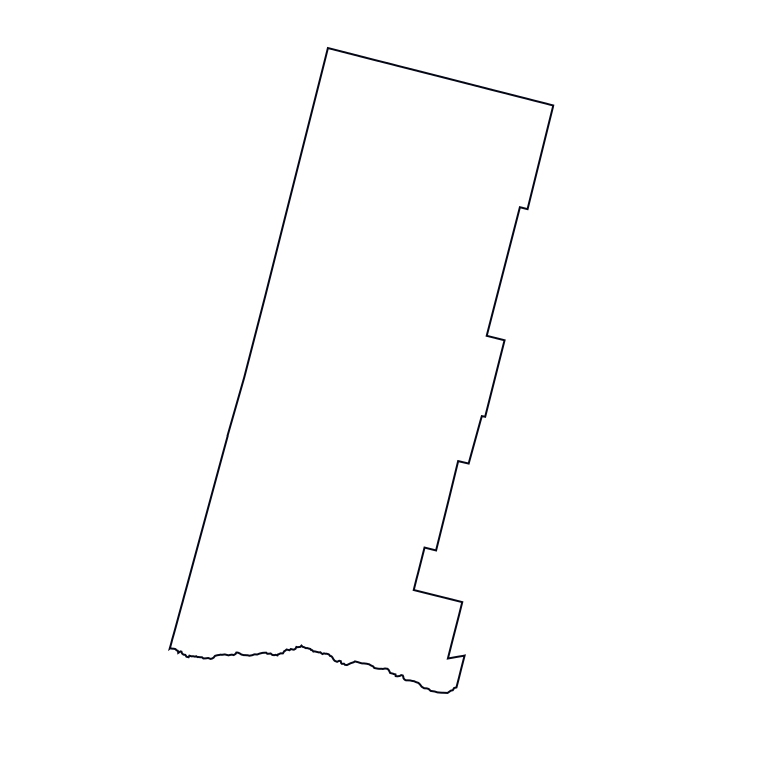 Alberdi, Santiago del Estero, Argentina, rotated 284°
{"feature_id": "61730980B98253632785456", "entity_name": "Alberdi", "entity_type": "district", "adm_level": 2, "iso_a3": "ARG", "parent_name": "Argentina", "parent_adm1": "Santiago del Estero", "projection": "equal_earth", "projection_center": [-63.373, -26.57], "detail": "fine", "context": "isolated", "style": "outline", "palette": "ink", "viewbox_px": 768, "rotation_deg": 284, "n_neighbors": 0, "source": "geoboundaries", "source_scale": "gbopen_adm2", "svg_char_len": 3354}
<svg xmlns="http://www.w3.org/2000/svg" viewBox="0 0 768 768"><g transform="rotate(284 384 384)"><path d="M696.4,248.3L696.2,248.3L695.9,248.3L686.0,248.3L514.9,247.7L440.7,247.5L429.0,247.4L356.6,246.8L295.9,244.7L295.7,244.9L277.7,244.5L137.8,241.6L130.2,241.4L123.6,241.3L120.5,241.2L116.4,241.1L112.2,241.0L102.3,240.8L97.9,240.7L97.7,240.7L90.3,240.5L84.7,240.3L83.1,240.3L82.7,240.3L81.6,240.3L77.4,240.2L76.5,240.1L75.5,240.1L75.3,240.1L76.0,240.7L75.9,242.3L76.3,244.1L76.3,245.8L75.4,247.2L75.3,248.4L74.4,249.0L73.3,249.4L74.4,250.4L75.3,251.2L75.3,252.2L74.3,252.8L73.6,253.4L72.9,254.9L73.1,256.7L72.6,257.3L71.6,258.3L71.6,260.5L73.3,260.9L73.2,263.1L73.7,264.8L73.7,266.6L74.4,267.6L73.9,269.0L74.2,270.0L74.4,271.6L74.8,273.6L74.0,275.1L74.7,277.5L75.6,279.7L75.3,282.3L76.1,283.7L77.3,284.9L78.7,285.5L79.4,285.9L80.5,287.9L81.2,289.6L81.8,290.8L82.0,292.2L83.1,295.0L83.1,297.4L83.1,298.8L83.8,300.0L84.5,301.7L84.6,301.9L84.6,303.7L86.2,305.3L87.7,305.7L88.0,307.1L87.7,309.1L87.0,311.1L87.0,313.6L87.3,314.8L87.4,315.3L87.5,315.9L87.8,317.4L87.8,319.2L89.0,321.8L90.3,323.6L90.9,326.5L92.2,328.3L93.7,331.1L94.3,332.9L94.8,334.7L94.0,336.0L94.6,338.0L95.1,339.2L94.1,341.2L94.3,343.0L95.0,344.4L94.9,346.3L95.9,346.5L96.3,347.2L96.4,347.3L97.7,348.9L97.9,350.3L98.0,350.5L98.2,351.1L99.5,351.5L100.7,351.9L101.3,352.7L102.8,353.7L102.8,354.7L102.8,356.7L104.3,357.7L104.3,359.3L104.4,360.8L105.7,362.2L107.7,362.6L107.7,363.8L108.7,366.4L110.2,367.2L109.7,368.0L109.3,368.6L109.3,370.0L108.8,372.1L109.2,373.3L109.1,375.1L109.1,376.7L108.3,377.5L108.3,378.9L107.3,380.2L107.8,381.4L107.8,383.2L107.8,385.4L107.8,385.8L108.3,387.2L107.6,388.3L107.1,389.7L108.1,390.9L108.1,392.5L108.4,393.3L108.4,395.1L108.1,396.3L107.1,397.4L107.1,398.8L106.3,400.0L104.6,401.6L103.5,403.1L103.2,405.0L103.1,405.7L104.6,407.5L104.6,409.1L102.9,409.9L102.3,410.8L102.9,412.8L102.1,414.0L102.3,416.0L105.0,419.2L106.7,421.9L107.8,422.9L107.8,424.2L107.8,424.6L107.8,425.9L107.6,428.7L107.6,430.2L108.0,431.8L108.4,435.0L108.4,437.6L107.9,438.9L107.3,441.9L106.1,443.3L106.3,447.0L106.6,448.8L107.1,450.6L107.2,451.8L108.2,453.8L108.5,456.3L107.5,457.9L106.1,459.1L105.1,459.9L105.1,463.4L104.9,463.0L105.0,465.4L103.4,466.0L103.6,467.7L104.5,469.9L105.7,471.1L105.7,472.1L105.7,472.7L104.7,473.5L103.4,474.0L102.4,475.1L102.0,476.0L101.8,477.0L102.6,480.5L102.7,481.0L102.7,483.2L102.9,485.1L102.5,487.1L102.3,489.7L101.2,491.6L99.4,493.8L98.5,496.6L99.0,499.1L98.9,501.1L97.5,503.5L97.9,507.7L97.7,510.4L98.3,514.1L99.1,517.8L99.6,520.4L102.6,523.0L103.5,524.8L106.0,525.6L107.1,527.7L116.6,527.8L125.6,527.8L140.0,527.9L139.3,526.5L137.0,521.1L133.1,512.4L154.1,512.5L178.0,512.7L191.3,512.7L191.3,507.7L191.3,507.0L191.3,485.0L191.3,473.5L191.3,462.7L197.2,462.7L200.8,462.7L202.8,462.7L208.7,462.8L235.1,462.9L235.1,474.8L286.9,474.8L307.2,474.7L327.1,474.6L327.3,485.4L371.5,486.5L376.5,486.7L376.7,490.1L435.1,490.3L455.4,490.4L455.6,490.4L455.6,490.1L455.6,472.0L588.4,473.1L588.4,481.0L673.6,480.9L681.8,480.9L694.0,480.9L694.6,480.8L695.2,480.8L695.2,477.5L695.3,473.5L695.3,471.9L695.3,471.4L695.3,467.6L695.3,460.6L695.4,453.4L695.4,445.0L695.5,427.9L695.5,418.3L695.7,390.3L695.8,374.1L695.9,351.0L696.0,320.8L696.1,314.2L696.1,297.8L696.4,250.7L696.4,249.9L696.4,248.6L696.4,248.3Z" fill="none" stroke="#020617" stroke-width="2"/></g></svg>